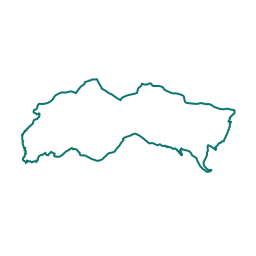 Vadu Izei, Maramures, Romania, rotated 354°
{"feature_id": "2599482B57723077466528", "entity_name": "Vadu Izei", "entity_type": "district", "adm_level": 2, "iso_a3": "ROU", "parent_name": "Romania", "parent_adm1": "Maramures", "projection": "equal_earth", "projection_center": [23.953, 47.876], "detail": "fine", "context": "isolated", "style": "outline", "palette": "teal", "viewbox_px": 256, "rotation_deg": 354, "n_neighbors": 0, "source": "geoboundaries", "source_scale": "gbopen_adm2", "svg_char_len": 5728}
<svg xmlns="http://www.w3.org/2000/svg" viewBox="0 0 256 256"><g transform="rotate(354 128 128)"><path d="M89.3,155.4L90.6,155.8L94.0,157.5L94.4,157.5L96.2,157.3L99.2,156.5L100.7,155.1L103.5,153.1L104.1,152.5L106.4,151.0L109.1,150.8L110.3,150.6L111.3,150.4L112.2,150.0L112.8,149.6L113.9,148.0L117.9,144.4L119.2,142.4L122.1,139.6L122.2,139.2L121.8,138.5L122.0,138.2L124.3,136.9L130.0,135.7L132.3,134.6L133.8,134.4L134.7,134.5L135.7,134.9L138.6,136.8L141.6,139.5L147.6,145.6L149.6,145.4L151.4,145.8L152.9,146.8L155.7,148.3L156.0,148.3L157.0,147.7L157.5,147.6L158.5,147.8L159.2,148.7L160.2,149.3L160.9,149.6L161.8,149.7L162.9,149.4L163.4,149.7L163.9,150.5L164.1,150.6L164.7,150.6L165.0,150.4L165.3,150.6L165.3,151.2L165.5,151.3L166.2,151.0L167.0,151.4L168.3,151.6L169.4,152.4L170.7,153.5L171.0,153.6L172.1,153.2L172.5,153.2L172.8,153.3L173.7,154.2L174.2,154.4L174.4,154.7L174.5,155.1L175.1,156.2L175.5,156.3L175.6,156.1L175.8,156.1L176.3,157.9L176.7,158.4L177.1,158.6L177.3,158.8L177.3,159.2L177.7,159.9L178.1,160.5L178.3,160.6L178.8,160.5L178.9,160.2L179.0,159.7L178.8,159.3L178.4,158.6L178.2,157.8L177.8,155.4L178.5,154.2L178.9,153.9L179.8,155.1L180.5,155.2L183.0,156.2L184.1,156.4L185.1,156.9L186.9,158.0L187.5,158.7L188.3,160.2L188.6,161.2L189.1,162.0L192.6,164.8L193.0,165.4L193.6,168.2L195.1,171.5L195.6,173.1L196.1,174.0L197.0,175.0L198.3,176.8L199.6,177.7L201.4,179.5L202.6,180.0L203.1,179.4L204.3,179.9L204.9,179.6L206.3,179.0L206.5,178.6L206.1,178.3L204.2,178.2L203.2,177.8L202.3,177.1L201.4,175.9L199.9,173.9L199.5,172.3L199.5,170.7L199.6,170.0L200.8,168.0L201.6,167.0L202.8,165.0L203.8,162.8L203.9,160.7L204.2,160.2L205.1,159.0L205.2,158.6L205.1,156.0L205.3,155.2L205.3,154.2L205.6,153.7L206.1,153.6L206.6,153.8L208.0,154.7L210.4,156.5L212.7,158.9L212.9,159.0L213.1,158.9L213.5,157.4L212.7,156.5L215.4,154.4L216.6,152.9L217.7,152.4L218.7,152.4L219.8,151.3L221.7,151.2L222.0,150.9L222.7,149.3L224.4,146.7L224.6,146.1L225.5,145.1L225.8,144.1L226.8,142.5L227.6,140.5L227.9,140.4L228.6,138.4L229.3,137.5L229.7,135.6L229.5,135.0L229.6,134.6L230.6,133.6L231.0,132.7L230.4,132.5L228.7,132.2L228.8,131.6L229.4,131.1L230.5,129.2L230.2,129.1L230.2,128.7L230.8,127.9L231.6,127.2L232.2,126.9L233.5,125.6L234.9,125.0L235.4,124.3L235.6,123.6L235.5,123.0L235.7,122.5L235.8,121.8L234.4,120.9L232.7,120.6L228.4,119.1L225.2,119.4L223.4,119.1L221.2,118.5L219.5,117.8L218.2,117.0L216.3,116.3L214.9,115.2L213.6,114.0L211.6,112.9L210.3,112.5L209.6,112.6L208.3,112.5L203.4,110.9L201.9,110.9L199.3,111.3L198.7,111.1L197.6,111.1L196.2,110.6L194.8,110.6L192.3,109.9L190.0,109.5L188.8,109.1L187.8,108.2L187.5,107.9L187.1,106.1L186.9,102.8L186.7,102.3L186.3,101.8L185.4,101.1L184.1,100.4L181.6,99.3L179.5,98.6L178.4,98.4L176.9,98.4L176.3,98.2L173.3,96.9L169.8,94.8L168.4,93.7L167.7,93.0L167.2,91.6L166.9,91.1L166.3,90.6L165.7,90.4L163.2,89.4L162.8,89.5L159.9,89.1L157.4,88.9L156.5,88.0L155.8,86.6L155.3,86.2L154.7,85.9L154.0,85.9L152.2,86.6L151.0,86.7L149.2,86.6L146.5,85.5L145.8,86.9L144.9,87.9L142.7,89.3L142.1,89.8L140.6,94.1L140.4,94.2L137.5,94.7L135.1,94.9L130.2,95.6L128.0,96.4L127.0,96.6L126.0,96.9L125.1,97.4L124.7,98.0L124.1,98.4L123.8,98.9L123.5,99.5L120.6,97.5L116.7,94.1L114.7,92.4L113.3,91.8L111.4,90.3L109.2,88.3L106.1,86.2L105.6,84.4L102.8,78.2L102.5,76.9L102.0,76.2L100.5,76.3L97.8,76.0L97.3,76.0L96.1,76.5L95.5,76.9L94.1,76.8L93.1,77.3L90.5,77.7L90.0,77.9L89.2,79.7L88.8,80.1L87.8,80.7L86.1,81.5L85.2,82.1L81.3,86.0L80.5,87.1L79.7,87.9L79.1,87.4L77.9,86.7L75.0,85.6L74.3,85.5L72.1,86.0L71.1,86.1L68.9,86.2L67.0,85.8L65.9,85.7L65.0,85.8L61.8,86.9L59.7,87.8L58.8,88.4L58.1,89.1L57.1,90.3L56.7,91.1L55.7,92.1L53.7,93.5L52.9,93.8L52.1,94.1L50.8,94.7L49.0,95.0L46.8,95.2L45.1,95.1L42.3,94.7L42.0,94.7L40.2,96.5L40.1,97.9L39.8,98.4L38.7,99.7L38.4,99.9L37.0,100.0L36.6,100.2L36.2,100.8L35.8,101.7L35.8,102.3L36.0,102.7L36.6,103.2L37.9,103.9L38.8,104.9L39.3,104.9L39.8,104.8L40.9,104.2L41.2,104.3L41.4,104.4L41.5,104.7L41.1,106.4L41.0,107.3L40.9,107.6L39.1,108.9L38.5,109.6L37.0,109.8L35.5,110.2L34.4,111.9L34.0,113.3L33.6,113.9L33.1,114.3L31.8,114.9L31.2,115.8L29.7,116.4L29.5,116.6L28.9,117.6L28.5,117.9L27.7,118.0L27.0,118.7L26.8,119.6L26.4,119.7L25.7,119.8L25.2,119.9L25.1,120.2L25.2,120.7L25.1,120.9L24.2,121.2L23.5,122.4L22.9,122.8L22.8,123.3L22.7,123.5L22.2,123.5L22.3,124.1L22.2,124.3L21.9,124.4L22.0,125.3L21.8,127.1L21.8,127.5L21.7,128.6L21.7,129.0L22.4,130.3L21.7,131.0L21.6,131.5L21.8,132.5L21.7,133.0L22.2,135.0L22.4,136.9L22.5,137.2L22.9,137.4L23.6,137.3L23.4,138.7L23.5,139.1L23.1,139.5L23.4,139.6L23.6,139.7L23.7,140.7L23.9,140.9L23.8,141.1L23.4,141.4L23.3,141.8L23.5,142.4L23.8,142.8L22.7,143.3L22.8,143.7L22.8,144.0L22.6,144.3L22.3,145.2L21.6,145.9L21.5,146.3L21.3,146.5L20.9,146.6L20.6,146.9L20.3,147.5L20.2,148.2L20.2,148.7L20.4,148.9L20.6,149.4L21.2,149.7L22.6,151.0L22.7,151.7L22.8,152.0L23.4,151.5L24.0,151.3L24.1,150.0L25.1,150.1L26.2,150.9L27.2,150.9L27.7,151.2L28.1,151.7L28.9,152.1L29.6,151.9L29.9,151.7L30.0,151.5L31.2,151.4L31.9,151.4L32.3,151.6L33.3,151.9L33.6,152.1L33.7,151.9L33.4,151.3L33.4,150.8L34.4,150.7L35.0,150.4L35.2,149.2L36.4,146.8L38.5,145.8L38.9,145.7L40.2,145.8L40.7,145.4L43.1,144.1L43.7,145.3L44.0,146.2L45.1,146.6L45.4,146.6L45.8,146.7L47.0,145.3L48.3,144.4L49.1,143.7L51.5,145.5L52.3,145.8L51.7,147.4L51.8,148.3L52.0,148.6L53.1,148.6L53.9,149.2L54.8,149.3L57.1,149.3L57.6,149.1L60.2,147.7L62.5,145.9L64.5,144.5L66.7,143.9L66.9,143.5L67.5,143.3L70.1,142.0L70.8,143.1L71.2,143.4L71.6,143.4L72.2,143.2L72.5,143.4L73.5,143.5L74.7,144.0L74.9,144.3L75.1,145.0L75.8,145.7L76.4,146.8L77.1,147.1L77.3,147.3L77.3,148.9L77.6,149.7L78.2,150.2L78.6,150.3L80.5,150.6L81.7,150.6L82.8,151.1L83.7,151.6L85.6,153.0L86.4,153.4L88.5,155.0L89.3,155.4Z" fill="none" stroke="#0f766e" stroke-width="2"/></g></svg>